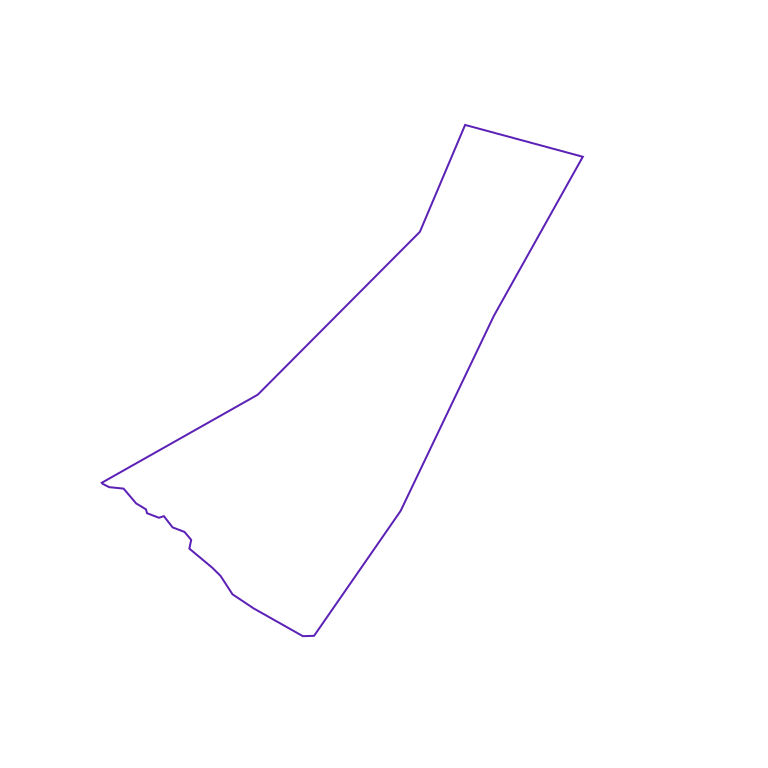 the district of Rabot, Soufrière, Saint Lucia, rotated 327°
{"feature_id": "8701671B22157937027856", "entity_name": "Rabot", "entity_type": "district", "adm_level": 2, "iso_a3": "LCA", "parent_name": "Saint Lucia", "parent_adm1": "Soufrière", "projection": "mercator", "projection_center": [-61.048, 13.834], "detail": "fine", "context": "isolated", "style": "outline", "palette": "violet", "viewbox_px": 768, "rotation_deg": 327, "n_neighbors": 0, "source": "geoboundaries", "source_scale": "gbopen_adm2", "svg_char_len": 499}
<svg xmlns="http://www.w3.org/2000/svg" viewBox="0 0 768 768"><g transform="rotate(327 384 384)"><path d="M188.2,557.1L328.8,499.5L513.2,386.7L674.5,301.7L674.2,301.4L593.1,210.9L592.7,211.2L497.0,275.9L272.3,324.2L93.5,313.1L93.6,314.4L97.3,320.8L108.6,329.9L111.1,349.2L116.1,359.5L114.9,363.3L122.4,373.6L127.4,374.9L128.6,389.1L136.1,399.4L137.4,409.7L131.1,416.1L139.9,444.5L142.4,456.0L142.4,477.9L152.4,501.1L178.6,551.3L188.2,557.1Z" fill="none" stroke="#5b21b6" stroke-width="2"/></g></svg>